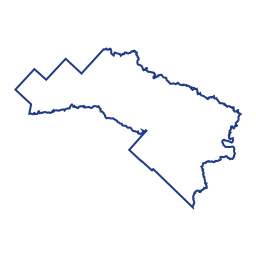 Roque Pérez, Buenos Aires, Argentina (orthographic projection)
{"feature_id": "61730980B72070825926911", "entity_name": "Roque Pérez", "entity_type": "district", "adm_level": 2, "iso_a3": "ARG", "parent_name": "Argentina", "parent_adm1": "Buenos Aires", "projection": "orthographic", "projection_center": [-59.27, -35.521], "detail": "fine", "context": "isolated", "style": "outline", "palette": "blue", "viewbox_px": 256, "rotation_deg": 0, "n_neighbors": 0, "source": "geoboundaries", "source_scale": "gbopen_adm2", "svg_char_len": 5876}
<svg xmlns="http://www.w3.org/2000/svg" viewBox="0 0 256 256"><path d="M192.8,207.4L192.6,206.0L193.7,204.7L193.7,203.5L194.2,203.1L194.3,202.4L193.2,199.1L193.6,198.5L193.2,197.5L193.3,195.8L193.9,195.0L193.9,194.2L194.2,193.8L195.1,193.2L194.6,192.5L196.9,190.6L199.2,190.9L199.4,192.0L200.0,192.2L201.1,191.3L201.3,190.4L201.8,189.9L203.0,189.7L203.3,189.1L204.0,188.8L204.1,188.0L204.9,188.4L205.4,188.0L205.8,188.1L206.7,187.8L206.5,187.5L206.7,186.2L206.1,185.6L206.4,183.8L205.9,184.0L205.2,183.5L205.0,182.9L205.2,182.4L205.1,181.1L204.5,179.1L204.4,177.1L203.6,176.8L203.6,175.7L203.0,174.2L203.6,173.5L203.7,172.9L203.4,172.1L203.0,171.8L203.0,171.2L202.5,170.3L203.0,170.0L203.2,169.4L202.4,168.7L201.8,167.7L201.8,166.8L201.6,166.6L202.4,166.3L202.4,165.9L202.8,165.1L203.2,163.2L205.5,163.0L205.9,162.8L206.1,162.0L207.3,161.4L207.9,161.7L208.6,161.1L208.9,161.1L209.2,161.5L210.3,161.7L211.3,161.7L211.8,161.3L213.5,162.1L214.6,162.0L214.7,161.4L215.8,160.8L217.0,161.0L218.0,160.9L218.6,160.2L219.9,160.2L220.7,159.5L220.8,158.9L220.5,158.5L220.5,157.0L221.3,157.1L221.9,156.8L223.7,157.3L226.0,156.1L227.1,156.6L227.3,157.3L227.9,157.8L228.9,157.9L229.2,158.6L229.8,159.2L230.8,158.6L232.4,159.0L233.1,158.3L233.5,157.1L234.0,156.8L234.3,156.1L234.0,155.5L235.0,153.5L234.3,152.5L234.0,150.4L234.3,149.6L234.2,148.3L233.8,147.3L232.8,146.5L230.2,147.0L225.5,146.9L223.5,145.0L222.8,143.0L222.2,142.2L222.2,141.7L222.7,140.5L224.1,139.7L224.8,140.4L227.9,140.9L231.7,142.6L232.5,141.8L233.1,140.6L232.8,138.2L231.8,138.6L231.1,138.5L230.3,139.2L229.2,138.4L229.0,136.4L229.4,135.9L229.4,135.4L228.9,135.0L229.8,133.9L229.4,133.3L229.4,132.7L229.8,132.5L230.4,132.6L230.6,132.4L229.7,131.3L229.6,130.8L229.7,130.5L230.9,129.6L230.9,127.1L231.2,126.5L231.7,126.3L232.3,126.4L233.0,127.9L233.9,128.4L234.5,127.6L234.8,126.2L235.2,125.8L236.7,126.0L237.0,125.6L235.8,124.1L235.7,123.2L236.1,122.6L237.8,121.3L237.8,120.8L238.5,120.0L238.6,119.3L238.4,117.5L238.6,116.5L239.1,116.0L239.1,115.3L240.6,114.1L239.5,113.3L237.9,112.8L237.7,112.4L238.1,111.5L237.8,110.8L238.0,110.2L237.7,110.2L236.3,111.5L235.5,111.4L234.8,111.6L233.4,110.1L233.9,109.2L233.3,108.5L233.6,107.4L233.3,107.3L232.7,107.9L232.2,108.0L231.8,107.2L230.3,106.9L229.2,106.1L228.0,106.2L227.5,106.7L226.5,106.3L226.3,105.7L224.4,104.9L224.4,104.4L225.0,104.3L224.6,103.9L223.5,103.5L222.4,103.5L221.7,103.1L220.4,103.4L219.5,103.0L219.3,102.1L218.3,101.2L217.4,99.7L216.6,99.2L216.5,98.3L215.0,98.5L213.6,97.7L213.5,97.2L214.1,96.7L214.0,96.2L213.4,96.6L211.8,96.9L211.4,97.5L210.7,97.0L209.9,97.4L209.2,97.3L208.8,97.7L208.5,98.8L207.6,99.1L207.4,99.0L207.4,98.2L205.9,97.7L204.1,96.3L201.3,95.3L200.8,94.8L200.3,93.4L199.7,94.2L198.5,93.8L197.8,94.1L197.6,93.6L198.1,92.6L197.3,92.0L197.4,91.2L196.7,88.8L195.7,89.1L194.9,88.8L194.3,88.0L193.9,88.0L194.1,89.0L192.5,89.9L191.2,88.6L191.3,88.0L191.8,87.6L191.7,87.3L190.0,87.2L189.2,86.2L188.0,85.7L186.9,86.0L186.2,85.0L185.6,85.2L183.3,84.5L182.8,85.3L180.3,84.8L178.3,83.4L178.0,82.8L177.5,82.9L176.9,83.5L175.8,84.2L173.7,83.4L170.8,83.8L170.0,83.6L169.3,82.5L168.6,82.1L168.5,81.6L166.8,80.2L166.3,79.0L166.4,78.2L165.6,77.7L163.7,77.5L162.8,76.7L161.9,75.1L160.5,74.7L159.6,75.4L158.4,75.2L158.0,75.6L157.8,76.5L156.8,76.7L154.0,78.3L153.6,78.2L153.4,77.3L153.7,76.5L155.3,75.2L155.1,74.4L154.3,73.7L154.1,73.0L153.4,72.9L152.9,72.4L151.8,72.5L150.6,71.9L148.2,71.9L147.9,71.3L146.8,70.6L146.6,70.0L146.0,69.5L146.2,68.8L146.9,68.3L146.7,68.0L146.2,68.1L145.6,68.6L145.4,69.0L145.5,69.9L144.8,70.0L144.3,69.8L143.5,70.2L142.8,69.2L142.9,68.7L141.8,66.2L140.5,65.3L138.0,64.5L137.3,62.7L137.5,60.6L138.1,59.7L138.7,59.3L138.4,57.9L138.3,57.5L137.6,57.3L137.6,56.1L136.2,54.6L136.3,53.8L136.9,53.3L136.7,52.3L134.8,51.8L134.6,51.4L134.8,51.0L134.5,50.7L133.8,50.9L133.0,51.4L132.7,51.0L132.1,51.1L130.7,52.2L130.3,52.9L129.3,53.0L128.2,53.5L126.7,53.1L126.5,52.7L124.8,52.5L124.5,52.8L124.2,54.2L123.8,54.3L122.7,54.0L120.8,55.8L120.4,55.2L120.2,54.2L118.8,53.7L117.8,53.7L115.0,52.5L114.4,52.9L113.7,55.6L113.4,55.5L112.9,54.6L112.1,54.2L111.0,52.9L111.4,51.0L110.9,50.0L110.8,49.2L110.3,48.7L109.6,48.8L109.2,49.5L108.8,49.6L107.2,49.7L106.5,48.6L105.7,48.9L104.8,49.5L103.6,49.3L81.5,73.5L65.7,58.8L46.2,79.7L34.4,69.1L15.4,89.6L31.1,104.3L29.3,113.8L31.1,113.6L32.0,114.1L33.7,114.3L34.0,114.0L34.0,113.2L34.3,112.9L34.5,112.9L34.9,113.9L37.0,114.0L38.0,113.2L38.2,111.8L38.9,111.2L39.2,111.4L38.7,112.7L39.8,113.3L41.2,112.8L42.2,113.0L43.1,112.3L43.8,112.3L44.6,112.0L45.9,112.2L47.0,112.7L49.2,112.4L49.9,113.0L51.0,112.8L52.9,110.8L52.9,111.6L52.7,112.1L52.9,112.7L53.0,112.1L53.5,111.6L53.1,111.3L53.4,110.5L57.2,110.3L58.6,110.8L60.8,109.9L63.4,109.4L63.9,109.4L64.5,110.5L65.7,109.1L67.7,108.3L68.2,108.6L69.6,108.5L70.0,107.0L71.2,105.1L71.9,104.5L73.2,106.1L73.3,106.8L74.0,106.7L74.5,106.2L74.8,107.0L75.8,107.0L76.3,107.5L77.9,108.2L78.3,107.9L78.4,107.2L79.4,106.6L80.0,106.6L80.4,106.2L82.3,106.5L83.1,105.9L84.3,106.2L84.4,106.6L84.2,107.3L84.6,107.6L85.5,107.3L89.1,107.0L91.0,108.0L91.7,107.9L92.8,107.1L93.3,106.4L94.1,106.1L96.1,106.2L97.4,107.0L98.5,106.2L99.3,107.3L99.8,108.4L100.6,108.8L100.3,109.6L100.7,111.5L101.9,111.4L102.5,112.2L103.5,112.7L103.6,113.4L105.1,115.4L105.0,115.9L105.3,116.8L106.5,118.3L108.5,117.9L110.8,118.5L113.0,118.3L113.7,119.0L115.1,119.6L115.5,120.1L117.0,120.6L117.4,121.8L119.3,122.7L119.8,123.4L120.7,123.5L122.0,124.1L122.1,125.1L122.6,125.5L126.0,125.8L126.8,126.9L128.1,127.9L129.3,127.4L131.0,128.1L132.5,130.5L133.9,131.3L135.0,131.1L136.4,131.8L138.1,131.5L138.0,133.0L138.3,133.4L138.6,133.3L139.1,133.7L139.7,133.5L140.2,133.9L140.3,133.6L141.5,133.5L142.3,132.8L143.5,132.3L143.5,131.8L142.7,130.5L144.7,131.5L145.7,130.8L145.8,130.4L146.4,130.7L129.2,149.9L141.3,161.2L141.5,160.9L152.0,170.4L153.2,169.1L192.8,207.4Z" fill="none" stroke="#1e3a8a" stroke-width="2"/></svg>